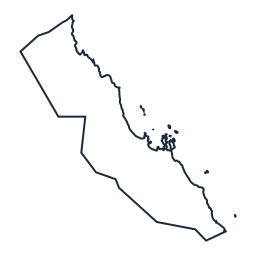 outline of Central Bougainville District, North Solomons, Papua New Guinea
{"feature_id": "67681753B39357341288048", "entity_name": "Central Bougainville District", "entity_type": "district", "adm_level": 2, "iso_a3": "PNG", "parent_name": "Papua New Guinea", "parent_adm1": "North Solomons", "projection": "equal_earth", "projection_center": [155.551, -6.136], "detail": "fine", "context": "isolated", "style": "outline", "palette": "slate", "viewbox_px": 256, "rotation_deg": 0, "n_neighbors": 0, "source": "geoboundaries", "source_scale": "gbopen_adm2", "svg_char_len": 5833}
<svg xmlns="http://www.w3.org/2000/svg" viewBox="0 0 256 256"><path d="M225.7,231.4L225.0,230.3L224.1,228.4L223.5,227.6L221.0,225.7L219.1,224.1L217.3,223.0L216.8,222.5L216.3,221.3L216.1,221.5L216.4,222.4L216.3,223.5L216.2,222.8L215.5,221.2L214.8,220.7L213.6,219.6L212.8,218.4L212.5,217.5L211.7,213.3L212.0,212.0L212.0,211.2L211.8,210.9L211.4,210.6L211.0,210.0L211.0,209.0L210.6,208.2L210.0,208.0L209.3,207.9L209.1,207.7L208.8,207.0L208.8,206.3L208.5,205.6L207.0,202.9L206.9,202.5L207.2,201.7L207.1,201.0L206.7,199.8L206.4,199.2L205.4,198.5L204.8,197.5L204.1,195.5L203.3,192.6L203.2,191.1L203.5,190.3L203.8,189.8L203.8,189.5L202.9,188.2L202.6,187.8L202.1,187.6L201.4,187.5L201.0,187.3L199.3,187.2L198.4,186.8L197.7,185.8L197.2,185.5L194.7,185.0L193.9,184.5L191.0,182.1L189.5,180.0L189.4,179.1L187.5,176.6L185.5,173.4L184.0,170.5L182.6,166.9L182.6,166.5L182.2,165.5L181.8,165.0L181.2,164.8L180.7,164.3L179.9,162.6L179.2,161.7L178.2,161.6L176.9,160.6L176.3,160.6L175.6,161.0L175.1,160.8L174.4,160.3L173.9,159.4L172.8,158.1L172.3,156.5L172.0,153.7L171.5,151.3L171.1,150.7L170.8,150.5L170.2,150.7L168.8,150.1L168.0,150.3L167.6,149.8L166.7,149.7L166.2,149.1L166.1,148.7L166.9,147.2L166.8,146.6L165.9,144.7L165.8,144.0L166.0,143.5L166.2,143.1L166.9,142.9L167.1,142.4L167.1,141.8L166.9,141.7L166.5,141.8L166.1,141.8L165.8,141.4L165.5,139.1L165.7,138.7L166.0,138.7L166.6,139.1L166.9,138.6L166.9,138.2L166.6,137.2L165.3,135.7L165.2,135.5L164.9,135.5L164.7,135.7L164.5,137.2L164.1,137.7L163.9,137.7L163.6,137.3L162.9,135.8L162.6,135.9L162.7,136.8L162.4,138.3L162.6,139.1L162.6,139.4L162.3,139.8L161.8,140.2L161.7,140.6L162.2,141.3L162.4,142.0L163.0,142.7L163.3,143.5L164.6,144.9L164.7,145.8L164.1,146.9L163.8,146.9L163.6,147.0L163.6,147.8L163.9,148.1L164.2,148.3L164.4,148.7L164.4,149.2L163.8,150.0L163.5,150.1L163.1,149.6L162.4,149.4L161.4,148.8L159.6,149.0L159.1,148.4L158.4,146.9L158.0,146.9L157.4,147.5L157.3,148.4L157.5,149.0L157.5,149.4L157.4,149.8L156.9,150.3L156.5,150.6L155.6,150.4L154.7,149.9L154.1,149.7L153.2,149.6L151.0,148.5L149.5,147.3L148.9,146.6L148.3,145.3L148.1,144.2L148.3,143.8L148.8,143.7L150.6,142.9L150.9,142.7L151.1,142.2L151.1,141.9L150.8,141.7L150.4,142.2L150.0,142.3L148.2,141.7L148.0,141.3L147.8,140.2L148.0,139.9L148.5,139.7L148.7,139.1L148.1,138.5L148.1,137.9L148.3,136.9L147.9,136.5L146.4,136.0L145.9,135.5L145.5,134.9L145.7,133.4L145.6,133.2L144.8,132.9L144.6,133.1L145.0,134.1L145.0,135.1L144.3,136.0L144.3,136.4L144.5,136.7L144.6,137.5L144.2,138.1L142.2,138.6L140.7,138.5L140.2,138.1L136.3,136.3L135.6,135.8L132.4,132.5L130.2,129.7L129.5,128.6L129.1,127.6L128.9,126.4L128.6,125.5L127.6,123.7L126.8,121.5L123.9,116.8L123.3,116.0L123.1,115.2L123.6,114.2L123.3,112.5L122.7,111.2L122.7,109.9L121.7,108.5L121.4,107.6L121.4,106.6L121.1,105.3L120.1,103.2L119.8,102.1L119.8,101.3L120.2,99.8L120.2,99.3L119.7,97.4L119.4,94.6L119.4,92.4L119.1,90.0L119.1,89.3L119.3,88.6L119.6,87.8L119.5,87.6L117.6,87.5L116.5,87.0L115.3,86.2L114.9,85.6L114.7,85.1L114.7,84.7L114.5,83.9L114.0,83.3L112.8,83.1L112.4,82.8L111.9,82.1L111.6,81.3L111.3,79.7L111.1,79.0L110.7,78.3L110.5,77.0L109.5,75.9L108.7,75.3L107.4,75.0L106.5,75.1L104.8,76.2L103.8,76.2L103.3,76.7L102.4,77.0L101.8,77.0L100.8,76.2L100.0,73.9L99.9,73.0L100.1,72.5L100.0,72.1L99.5,71.8L99.0,71.0L99.0,68.5L98.6,68.0L98.1,66.8L97.5,65.9L97.1,65.5L95.3,65.7L94.5,64.4L94.1,62.1L93.5,60.9L93.5,60.0L93.4,59.8L92.9,60.3L92.8,60.8L93.6,62.0L93.7,62.5L93.3,62.5L92.4,61.2L92.4,60.6L92.5,60.5L92.3,60.0L91.7,60.0L91.5,59.9L90.4,58.6L89.5,58.1L87.9,56.7L87.4,55.3L87.1,54.9L86.7,54.7L85.6,55.2L85.2,55.2L84.3,54.6L84.4,53.9L83.8,52.5L83.6,51.6L83.5,51.1L83.0,50.5L82.8,50.6L82.4,52.0L82.0,52.7L81.2,53.6L80.4,53.8L80.0,54.5L79.1,54.1L78.5,53.2L77.8,52.6L77.5,52.0L76.9,51.5L76.6,50.2L76.2,49.3L76.4,48.4L75.9,47.8L75.0,46.0L75.1,45.0L76.5,43.0L76.6,42.6L76.5,42.1L75.9,41.3L74.8,40.6L74.5,40.2L74.1,38.8L73.9,37.6L73.2,35.6L72.5,35.2L71.8,34.1L72.2,32.8L72.9,31.8L73.1,31.4L73.1,29.8L73.0,29.3L72.3,28.5L72.3,28.0L71.9,26.8L71.8,26.3L72.1,25.5L72.8,22.0L73.7,21.2L73.7,20.8L73.2,20.7L72.5,19.7L72.2,19.0L72.0,17.2L72.0,16.7L72.3,15.8L72.3,15.5L72.2,15.4L71.8,15.4L71.4,15.9L71.0,16.2L67.1,20.0L62.5,22.4L48.8,32.0L38.1,35.7L20.5,51.5L58.4,116.7L85.3,116.7L81.3,152.7L96.0,172.3L115.6,179.2L119.0,187.8L156.8,222.0L195.2,229.3L206.1,240.6L224.9,231.8L224.3,231.1L224.7,231.0L224.9,231.4L225.2,231.4L225.4,231.5L225.7,231.4ZM172.4,141.1L172.1,140.8L170.7,140.1L170.6,141.2L170.3,141.6L170.1,141.6L169.5,141.2L169.3,141.4L169.4,142.0L169.3,143.8L169.9,144.5L170.6,146.2L170.5,148.1L171.1,148.9L171.9,149.4L172.3,149.2L173.3,148.3L173.9,148.2L174.3,148.0L174.6,147.6L174.8,147.1L174.6,146.3L174.3,146.1L173.9,145.5L173.8,144.1L173.4,143.1L172.8,142.6L172.5,142.1L172.4,141.1ZM170.1,128.2L170.2,127.9L170.1,126.4L169.8,125.9L169.2,125.4L168.6,125.4L168.4,126.1L168.8,127.1L169.1,127.3L169.4,128.0L170.1,128.2ZM174.7,141.1L174.7,140.1L174.2,139.1L173.5,138.5L173.3,138.6L172.9,139.3L172.8,140.1L173.2,140.5L173.9,140.7L174.3,141.4L174.5,141.4L174.7,141.1ZM177.5,132.7L177.6,132.2L176.8,131.6L175.7,131.3L175.5,131.0L175.1,131.2L175.3,131.9L176.1,132.6L177.1,132.9L177.5,132.7ZM208.1,172.2L208.1,171.9L207.4,171.0L207.0,170.9L206.9,171.2L207.2,171.9L207.9,172.3L208.1,172.2ZM235.5,216.5L235.5,215.9L235.1,215.1L234.9,215.2L235.0,216.2L235.3,216.6L235.5,216.5ZM143.8,109.7L143.6,109.3L142.9,109.1L143.7,110.7L143.8,109.7ZM205.8,173.0L206.1,172.7L205.8,172.3L205.3,172.3L205.1,172.7L205.4,173.0L205.8,173.0ZM166.3,134.9L166.7,134.5L166.7,134.3L165.7,134.3L165.6,134.7L166.0,135.0L166.3,134.9ZM141.2,106.6L140.9,106.2L140.7,106.5L140.8,107.2L141.2,107.5L141.2,106.6ZM170.5,136.3L170.6,135.9L169.7,135.8L169.6,136.0L169.8,136.2L170.5,136.3ZM144.7,114.6L144.2,113.8L144.6,115.6L144.7,114.6ZM153.3,129.5L152.9,129.0L153.3,130.1L153.3,129.5Z" fill="none" stroke="#1e293b" stroke-width="2"/></svg>